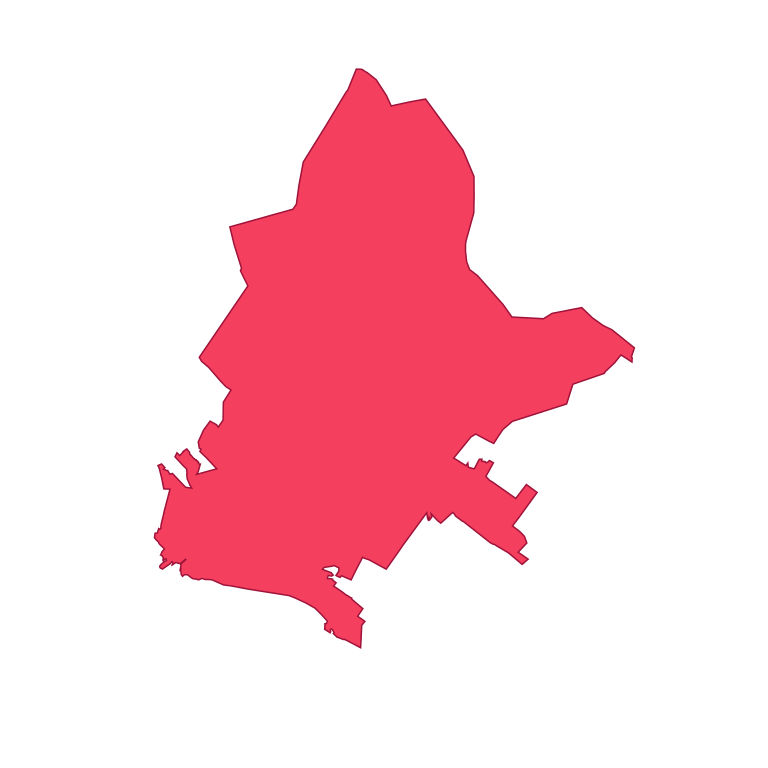 the district of Saltillo, Coahuila, Mexico, rotated 209°
{"feature_id": "50627088B85716210154341", "entity_name": "Saltillo", "entity_type": "district", "adm_level": 2, "iso_a3": "MEX", "parent_name": "Mexico", "parent_adm1": "Coahuila", "projection": "robinson", "projection_center": [-101.093, 25.033], "detail": "fine", "context": "isolated", "style": "filled", "palette": "rose", "viewbox_px": 768, "rotation_deg": 209, "n_neighbors": 0, "source": "geoboundaries", "source_scale": "gbopen_adm2", "svg_char_len": 5739}
<svg xmlns="http://www.w3.org/2000/svg" viewBox="0 0 768 768"><g transform="rotate(209 384 384)"><path d="M496.5,131.3L496.6,130.7L496.7,130.4L496.8,130.2L496.8,129.8L496.8,129.4L496.8,129.1L496.8,128.7L496.5,127.5L496.5,127.3L496.5,127.2L496.4,127.1L496.4,126.9L496.4,126.7L496.3,126.4L496.4,126.1L494.7,126.2L494.4,125.9L494.1,125.8L494.0,125.7L493.9,125.7L493.0,125.1L492.9,125.1L492.9,124.9L492.3,124.5L492.2,124.4L492.3,123.7L492.2,123.5L492.1,123.4L492.1,122.9L491.5,122.5L490.7,124.5L490.4,124.8L489.9,125.5L489.6,125.3L488.9,124.5L488.6,124.2L490.0,122.2L490.6,121.4L490.6,121.1L490.6,120.9L490.6,120.6L491.0,119.5L491.1,119.2L491.4,118.5L491.4,118.3L491.6,117.5L491.6,117.3L491.7,117.1L491.8,116.9L491.8,116.4L491.8,116.1L491.5,115.4L491.4,115.3L491.1,115.0L490.8,114.8L490.7,114.7L490.2,114.6L489.8,114.6L489.0,114.8L488.7,114.9L488.4,114.8L488.0,114.7L487.8,115.2L487.0,116.9L486.1,118.7L485.3,120.3L485.0,121.1L484.8,121.3L484.7,121.4L484.6,121.7L484.3,122.3L484.2,122.5L484.0,123.0L483.5,124.8L483.2,125.9L481.2,124.6L481.7,123.2L481.6,122.9L480.9,124.1L480.8,124.4L480.7,124.7L480.3,125.5L480.1,125.8L480.0,126.1L479.8,126.3L479.7,126.5L479.3,126.8L479.0,127.0L478.7,127.2L478.4,127.3L478.1,127.3L477.4,127.4L476.6,127.6L476.1,127.7L475.9,127.8L475.5,128.0L475.4,128.2L475.2,128.3L475.0,128.6L474.8,128.7L474.7,128.9L474.6,129.2L474.0,130.7L473.4,132.7L472.7,134.5L472.2,134.3L473.1,131.9L473.2,131.5L473.8,129.7L474.1,129.1L474.4,128.1L474.5,127.9L474.4,127.6L474.2,127.4L473.7,127.2L473.1,125.4L473.0,125.2L472.7,124.0L472.2,122.6L472.0,123.0L471.9,123.2L471.4,122.0L470.8,121.5L470.1,120.8L469.6,119.9L469.2,119.3L468.8,119.0L467.0,118.1L466.0,120.6L463.2,121.9L459.9,121.3L457.0,121.0L454.3,122.0L453.3,122.6L452.2,122.5L450.9,123.1L449.3,125.4L448.6,125.7L445.4,126.4L444.5,127.0L439.8,129.3L426.7,130.5L420.7,133.0L403.2,138.8L398.0,140.7L385.6,145.2L364.5,152.9L357.8,153.8L351.5,154.2L346.9,154.6L335.7,154.5L327.2,152.1L319.3,149.4L318.5,149.0L318.2,146.8L319.5,145.7L318.6,144.2L317.0,140.7L310.5,140.3L310.6,141.6L311.9,143.3L311.4,144.0L310.0,144.3L307.0,142.1L307.3,141.2L302.2,139.8L301.3,140.1L297.4,140.6L296.1,140.7L295.6,140.9L294.1,141.7L293.3,141.5L291.8,141.7L289.7,141.7L276.6,142.0L279.7,148.4L281.1,151.2L285.4,159.9L286.5,162.1L285.6,167.1L293.3,168.0L294.4,168.1L293.6,177.3L298.2,178.2L307.6,180.1L308.1,180.5L308.5,181.2L309.4,180.9L311.4,181.1L312.4,181.2L315.5,181.2L319.0,181.8L330.1,182.9L329.5,186.9L333.7,187.6L334.2,188.4L336.8,187.7L339.0,186.4L339.3,186.8L339.6,187.7L339.7,188.1L339.8,188.6L339.9,189.5L336.8,190.5L335.8,192.2L338.7,193.4L347.9,192.0L347.5,194.5L340.4,200.0L339.9,201.0L334.3,201.3L332.8,198.5L333.2,193.3L331.8,193.2L328.6,193.6L328.2,195.7L317.8,196.7L318.4,210.6L318.7,222.0L316.7,222.1L314.4,222.5L313.2,222.8L311.2,223.0L292.3,223.1L291.4,231.4L290.0,244.3L289.3,251.9L289.2,252.7L284.2,292.1L281.9,289.1L280.6,287.5L280.2,290.0L278.9,286.4L278.2,287.1L277.7,290.8L279.7,293.3L271.0,290.5L266.9,289.8L261.7,304.9L258.8,304.2L257.7,303.3L256.8,303.1L253.7,302.7L249.0,302.0L247.9,302.2L214.0,296.7L210.9,296.8L208.8,297.3L207.1,297.0L205.7,297.0L195.2,296.7L193.5,296.7L175.7,293.2L173.0,300.7L185.1,301.9L182.0,314.2L187.3,318.8L192.6,320.5L196.2,321.2L202.8,322.1L201.3,332.3L197.5,363.4L210.7,365.1L213.3,347.8L241.1,350.8L245.3,351.0L250.1,352.6L250.1,368.1L254.7,368.2L255.3,366.0L256.3,365.0L256.3,364.7L256.6,364.6L257.0,364.6L257.3,364.7L257.8,365.1L258.3,365.0L259.7,364.5L260.2,364.1L260.5,363.9L261.2,363.8L261.9,365.7L264.2,364.4L263.9,353.5L269.9,352.1L272.4,355.5L272.6,352.4L280.7,352.6L280.7,352.8L287.1,353.0L282.3,379.8L279.5,384.7L264.7,384.9L262.7,385.0L259.2,385.2L258.6,394.8L257.9,402.0L253.6,413.6L214.6,455.1L218.7,475.4L196.5,500.1L196.5,502.0L192.5,514.6L191.5,520.8L190.8,524.3L185.7,524.0L177.8,523.4L179.6,527.2L180.8,527.8L182.5,537.0L210.8,541.9L220.8,541.4L233.9,542.9L236.9,543.7L248.1,546.7L271.2,527.3L276.2,518.4L304.6,504.6L318.3,511.2L354.7,524.1L364.6,525.6L370.9,530.9L377.2,539.8L380.3,545.5L381.6,548.8L388.4,577.1L396.4,592.2L405.9,609.1L428.2,626.7L436.7,630.7L485.8,653.4L497.2,644.1L504.2,638.0L512.5,630.7L521.5,637.3L521.7,637.5L522.9,638.1L526.4,640.0L532.8,643.4L538.2,646.3L550.1,648.3L550.5,648.1L555.9,648.5L560.9,646.0L558.2,623.9L558.7,620.0L560.1,581.2L562.2,539.0L554.6,516.2L547.8,498.7L548.4,492.7L562.1,479.2L595.0,446.7L582.5,433.1L566.8,418.1L566.2,417.5L564.8,416.3L564.5,413.5L559.4,409.9L550.6,403.8L558.5,317.8L554.6,315.4L545.6,313.6L527.8,307.1L520.9,305.0L514.9,304.6L515.7,290.2L507.2,274.3L508.1,266.0L510.7,267.2L518.1,267.2L519.5,256.3L518.4,243.3L514.4,238.3L512.6,238.4L512.3,235.7L503.3,233.3L489.2,228.7L504.1,214.1L504.0,217.4L505.8,224.8L506.1,224.5L506.6,224.2L507.6,225.0L508.1,225.0L508.2,225.5L509.0,225.6L508.9,225.9L510.1,226.2L511.3,226.3L511.5,226.6L512.1,226.1L513.6,226.8L514.1,226.5L518.7,228.3L518.9,228.1L519.1,228.1L519.4,228.2L521.2,230.1L525.0,231.6L526.9,227.8L526.6,227.7L527.9,222.4L531.7,223.5L531.5,219.0L520.7,215.4L515.5,214.0L513.0,210.4L512.8,209.5L510.2,205.7L504.6,201.4L501.7,199.7L504.9,198.4L507.6,197.5L525.7,203.2L527.6,201.3L531.3,203.5L532.4,202.9L535.6,202.7L535.0,204.6L539.8,206.2L541.2,204.4L542.2,203.1L540.1,201.7L532.8,193.9L525.7,185.5L520.2,188.3L514.8,167.1L514.2,164.8L514.0,164.7L513.5,162.6L513.2,161.6L513.1,161.4L511.3,154.7L511.1,154.1L510.5,152.2L510.4,152.0L509.3,149.8L509.4,149.4L509.5,148.2L510.2,148.2L511.0,148.3L510.3,145.3L510.0,143.9L511.9,142.5L510.2,138.2L509.2,137.9L508.8,137.8L507.9,137.4L507.4,137.1L506.7,137.0L505.9,136.8L504.6,136.4L504.1,135.9L503.7,135.7L502.9,135.2L502.7,135.1L497.4,133.7L496.5,133.5L496.1,133.3L496.3,132.2L496.4,131.8L496.5,131.3Z" fill="#f43f5e" stroke="#9f1239" stroke-width="1.5"/></g></svg>